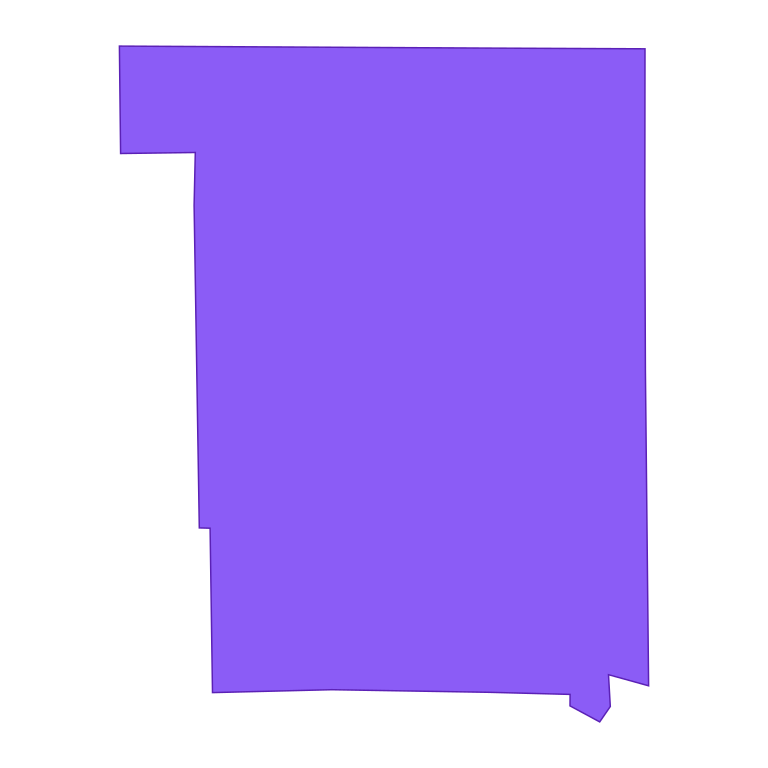 outline of Monroe, Indiana, United States of America, rotated 180°
{"feature_id": "52423323B82693646603832", "entity_name": "Monroe", "entity_type": "district", "adm_level": 2, "iso_a3": "USA", "parent_name": "United States of America", "parent_adm1": "Indiana", "projection": "albers", "projection_center": [-86.52, 39.173], "detail": "fine", "context": "isolated", "style": "filled", "palette": "violet", "viewbox_px": 768, "rotation_deg": 180, "n_neighbors": 0, "source": "geoboundaries", "source_scale": "gbopen_adm2", "svg_char_len": 402}
<svg xmlns="http://www.w3.org/2000/svg" viewBox="0 0 768 768"><g transform="rotate(180 384 384)"><path d="M647.4,614.5L572.7,615.5L573.9,562.7L568.7,240.1L557.9,239.8L555.5,75.4L436.2,78.3L279.0,75.7L197.9,73.6L198.0,62.1L168.3,46.1L157.7,61.5L159.5,93.3L119.4,82.2L122.6,397.9L123.2,557.1L123.0,719.2L279.7,719.9L648.6,721.9L647.4,614.5Z" fill="#8b5cf6" stroke="#5b21b6" stroke-width="1.5"/></g></svg>